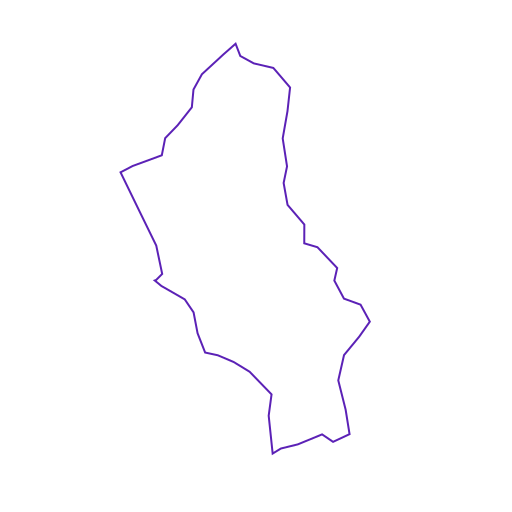 Forshaga, Värmland, Sweden (orthographic projection), rotated 335°
{"feature_id": "70781695B94802593774032", "entity_name": "Forshaga", "entity_type": "district", "adm_level": 2, "iso_a3": "SWE", "parent_name": "Sweden", "parent_adm1": "Värmland", "projection": "orthographic", "projection_center": [13.541, 59.66], "detail": "fine", "context": "isolated", "style": "outline", "palette": "violet", "viewbox_px": 512, "rotation_deg": 335, "n_neighbors": 0, "source": "geoboundaries", "source_scale": "gbopen_adm2", "svg_char_len": 805}
<svg xmlns="http://www.w3.org/2000/svg" viewBox="0 0 512 512"><g transform="rotate(335 256 256)"><path d="M153.9,235.4L157.6,243.2L173.1,265.2L175.6,280.7L170.4,301.3L169.1,322.0L179.4,329.8L191.0,342.7L201.3,358.2L211.6,388.0L200.0,406.1L187.6,442.1L197.2,441.0L214.3,444.4L240.5,445.6L247.3,457.0L265.5,457.0L272.3,433.1L278.0,403.5L293.9,383.0L315.5,372.7L331.4,363.6L330.2,344.3L317.7,331.8L316.6,311.4L324.5,301.2L315.4,274.0L305.1,264.9L313.1,247.9L306.2,223.0L311.9,201.5L322.0,187.9L329.9,160.7L345.7,138.1L358.1,117.7L352.6,97.8L351.2,92.9L335.4,80.5L326.3,68.1L327.2,55.0L312.1,59.4L283.8,68.4L269.7,78.7L260.7,94.1L240.2,104.4L223.5,110.8L213.2,124.9L182.3,122.3L168.6,122.9L169.3,166.0L170.0,204.4L163.4,232.6L155.4,235.5L153.9,235.4Z" fill="none" stroke="#5b21b6" stroke-width="2"/></g></svg>